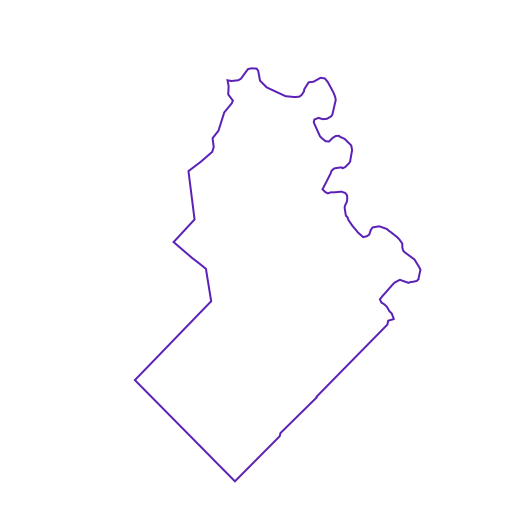 Foni Jarrol, West Coast, Gambia (Albers equal-area conic projection), rotated 45°
{"feature_id": "56634734B7386392108855", "entity_name": "Foni Jarrol", "entity_type": "district", "adm_level": 2, "iso_a3": "GMB", "parent_name": "Gambia", "parent_adm1": "West Coast", "projection": "albers", "projection_center": [-15.848, 13.224], "detail": "fine", "context": "isolated", "style": "outline", "palette": "violet", "viewbox_px": 512, "rotation_deg": 45, "n_neighbors": 0, "source": "geoboundaries", "source_scale": "gbopen_adm2", "svg_char_len": 2052}
<svg xmlns="http://www.w3.org/2000/svg" viewBox="0 0 512 512"><g transform="rotate(45 256 256)"><path d="M258.1,429.4L360.1,430.0L372.8,430.1L400.4,430.2L400.2,366.7L398.5,363.9L398.9,313.0L398.3,312.6L397.4,211.6L395.2,208.3L398.0,203.3L397.5,202.8L392.7,200.7L389.2,200.7L384.8,199.4L381.7,199.4L379.0,199.8L377.8,200.3L374.2,199.0L373.8,195.4L372.8,179.1L372.8,176.9L373.7,173.8L374.6,171.1L382.9,167.1L383.8,164.9L385.1,163.5L387.3,160.0L387.3,157.3L386.8,156.9L384.2,152.9L382.0,149.4L379.3,148.5L370.5,146.4L358.7,148.2L356.5,148.2L353.8,146.8L350.5,143.7L350.3,143.7L345.5,142.9L341.9,142.9L334.5,143.8L331.4,144.3L329.6,144.3L322.2,147.8L318.3,153.2L318.7,156.3L320.9,160.7L320.5,163.3L319.6,165.1L318.3,166.9L311.3,167.3L308.6,166.9L307.9,166.9L302.9,166.5L295.9,165.2L293.2,163.9L291.0,163.9L285.9,160.2L284.9,159.5L283.6,158.1L281.8,153.3L280.9,152.0L279.6,150.6L277.8,148.9L275.6,148.4L274.3,148.4L270.8,150.2L266.8,155.1L263.8,158.2L262.5,160.9L259.8,161.8L257.2,161.8L255.9,161.8L252.3,150.7L250.6,145.4L249.2,142.3L249.2,140.1L249.6,138.4L253.6,133.0L255.3,132.6L256.2,129.9L256.2,127.7L256.2,124.6L255.7,122.4L254.9,121.5L249.1,113.2L247.8,112.3L246.5,111.4L245.2,110.5L237.8,110.5L235.9,110.5L231.1,112.3L229.8,112.3L227.6,114.6L226.7,118.1L226.7,123.4L224.1,125.6L219.7,126.1L216.6,126.1L212.6,124.6L203.9,121.3L202.1,120.4L200.8,118.2L202.5,114.2L206.5,112.0L209.1,108.9L210.4,104.2L210.0,102.0L202.0,89.2L199.4,87.5L195.4,85.7L185.0,82.6L183.5,82.2L179.1,81.8L175.6,84.4L173.5,92.0L170.4,96.0L172.2,103.9L173.5,105.7L174.4,109.7L174.0,112.7L170.9,116.3L163.9,122.1L145.5,128.8L144.2,129.2L137.6,129.2L134.9,129.2L126.6,123.5L123.9,123.1L120.4,126.2L118.2,129.3L118.7,133.3L120.0,141.2L119.2,144.3L114.8,149.7L111.6,151.9L116.6,155.3L122.1,161.4L129.8,162.5L130.9,165.2L132.0,176.9L140.9,194.0L142.0,203.4L149.1,208.9L151.4,213.3L150.3,228.8L148.6,240.9L148.2,243.7L186.7,273.6L187.9,304.4L212.1,302.6L221.0,301.4L229.7,300.5L256.3,319.7L256.9,357.7L257.7,403.5L258.1,429.4Z" fill="none" stroke="#5b21b6" stroke-width="2"/></g></svg>